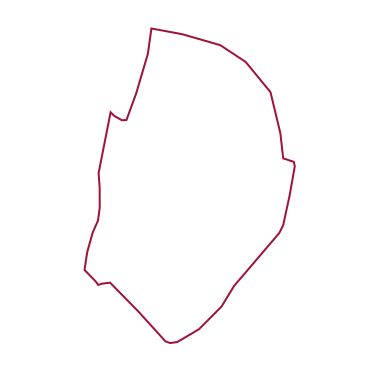 SVG path tracing the border of eSwatini, rotated 192°
{"feature_id": "SWZ", "entity_name": "eSwatini", "entity_type": "country or territory", "adm_level": 0, "iso_a3": "SWZ", "parent_name": "Africa", "parent_adm1": "", "projection": "equal_earth", "projection_center": [31.569, -26.526], "detail": "fine", "context": "isolated", "style": "outline", "palette": "rose", "viewbox_px": 384, "rotation_deg": 192, "n_neighbors": 0, "source": "natural_earth", "source_scale": "50m", "svg_char_len": 605}
<svg xmlns="http://www.w3.org/2000/svg" viewBox="0 0 384 384"><g transform="rotate(192 192 192)"><path d="M264.5,81.6L267.5,84.4L280.9,93.4L282.0,111.3L280.7,131.7L278.0,144.6L279.0,157.4L283.3,177.4L287.3,191.0L288.2,253.1L283.7,250.2L275.5,247.6L271.1,248.8L267.1,276.6L263.9,317.9L265.7,343.5L234.4,344.3L194.9,341.5L166.6,330.4L136.0,306.0L117.8,267.9L109.8,243.9L98.6,242.6L96.8,238.5L95.8,209.2L95.9,178.5L98.0,170.3L118.5,132.4L131.3,108.9L139.3,86.1L156.6,59.3L175.2,42.2L182.1,39.7L186.9,40.4L219.7,64.0L253.3,86.3L260.7,83.7L264.5,81.6Z" fill="none" stroke="#9f1239" stroke-width="2"/></g></svg>